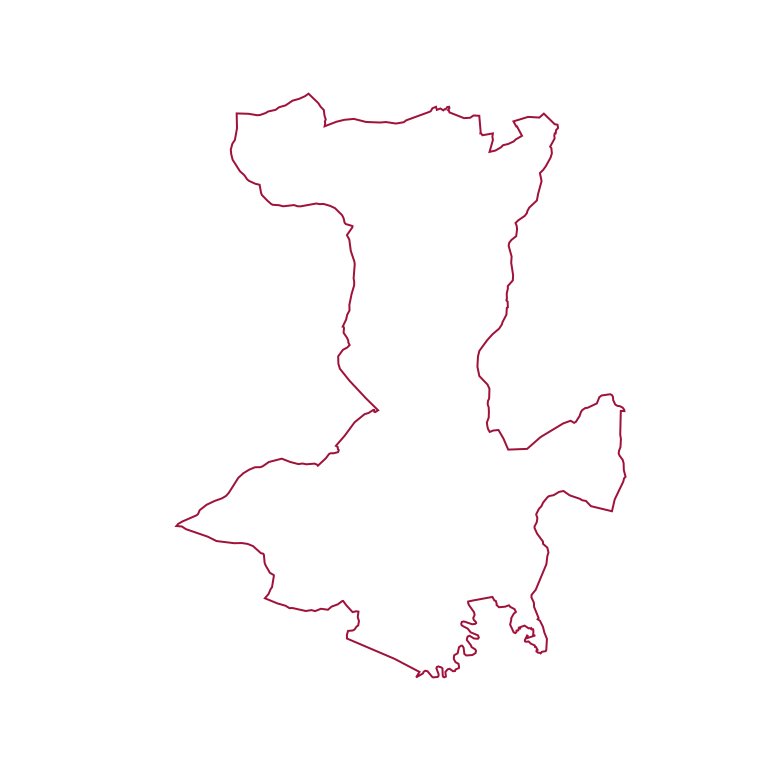 Cetatea De Balta, Alba, Romania, rotated 169°
{"feature_id": "2599482B28912008723964", "entity_name": "Cetatea De Balta", "entity_type": "district", "adm_level": 2, "iso_a3": "ROU", "parent_name": "Romania", "parent_adm1": "Alba", "projection": "natural_earth1", "projection_center": [24.195, 46.219], "detail": "fine", "context": "isolated", "style": "outline", "palette": "rose", "viewbox_px": 768, "rotation_deg": 169, "n_neighbors": 0, "source": "geoboundaries", "source_scale": "gbopen_adm2", "svg_char_len": 6122}
<svg xmlns="http://www.w3.org/2000/svg" viewBox="0 0 768 768"><g transform="rotate(169 384 384)"><path d="M477.0,677.7L479.5,663.1L483.8,652.0L487.0,648.8L489.7,643.3L490.1,638.7L489.8,633.0L484.8,620.3L481.3,615.7L479.3,611.0L477.8,609.2L472.3,605.2L468.1,603.3L468.2,595.1L467.8,592.8L463.6,586.4L460.3,582.1L458.9,581.1L452.8,579.5L449.2,577.7L438.1,576.8L435.1,575.0L432.1,574.3L416.0,574.1L412.8,572.8L409.0,572.3L403.0,569.2L398.6,566.0L392.9,557.7L392.0,554.2L391.9,549.9L391.0,548.3L384.8,545.1L385.1,543.9L392.0,537.2L390.5,532.4L391.2,521.0L389.7,509.6L389.9,507.1L393.7,493.4L393.7,490.3L394.5,486.5L398.7,478.4L402.9,468.3L403.8,462.8L407.0,458.9L408.8,454.6L413.6,448.2L412.8,447.8L412.6,446.5L413.9,442.0L411.5,436.4L410.8,433.3L411.1,431.5L410.3,428.8L413.2,426.8L417.8,425.4L423.7,419.9L424.9,412.7L424.4,407.4L417.2,393.7L404.6,373.6L394.8,359.3L398.0,358.1L398.9,358.7L398.6,360.4L399.4,360.6L404.7,358.5L408.8,358.1L420.2,352.0L432.5,340.7L443.0,332.5L441.5,331.0L441.6,328.7L441.0,327.7L442.1,325.9L446.6,325.6L449.8,326.2L451.4,325.7L455.1,322.3L464.5,316.4L465.2,317.7L467.5,319.1L475.5,320.0L479.2,321.5L483.3,321.7L491.0,325.4L498.6,330.2L511.9,329.4L518.7,326.4L521.2,325.9L526.5,326.9L532.7,325.6L539.0,323.3L544.9,319.7L557.1,306.8L560.4,304.3L564.8,302.7L572.6,301.5L581.2,299.3L589.0,295.3L591.3,291.9L592.9,290.9L608.2,287.5L612.6,286.0L614.9,284.2L609.6,282.7L606.1,279.3L586.2,267.8L578.4,261.8L561.4,256.3L553.9,255.0L548.5,253.1L543.5,249.9L537.2,241.5L534.9,240.4L534.5,239.2L535.3,231.2L534.8,228.4L532.0,220.4L528.7,217.5L528.7,216.7L532.7,205.9L534.4,204.3L537.4,199.9L541.8,196.4L530.4,188.9L522.9,185.1L519.6,182.0L516.7,181.6L504.1,176.1L498.4,175.9L494.9,174.2L488.8,175.4L482.1,173.1L477.9,175.5L471.4,176.5L466.2,179.0L465.5,178.8L463.2,173.9L458.4,166.1L454.7,166.2L452.5,165.4L454.3,160.1L453.8,156.1L455.4,151.9L457.1,151.2L459.8,148.6L461.8,148.0L466.4,148.5L468.3,144.8L468.9,141.2L426.1,112.2L404.1,94.6L408.4,89.9L401.1,92.4L400.0,93.9L398.4,94.6L397.4,94.4L396.1,93.7L392.7,87.5L391.7,86.6L387.2,86.2L386.1,87.1L385.8,88.9L386.8,94.9L386.1,96.1L384.6,96.4L381.6,94.7L380.9,93.6L382.0,86.3L381.7,85.2L380.8,84.6L379.1,85.0L378.7,89.6L375.9,91.8L373.9,91.9L371.1,88.9L369.1,88.7L368.2,90.1L364.7,90.9L364.3,91.7L364.3,95.2L366.8,97.2L367.6,99.5L367.9,101.0L367.2,103.6L366.7,104.4L363.1,105.6L360.6,111.3L358.2,112.4L357.2,112.2L356.6,111.2L356.2,109.9L356.6,103.6L355.0,101.8L349.0,101.1L345.5,102.4L344.6,104.4L345.0,106.0L348.2,109.0L348.6,111.1L351.5,116.8L351.3,117.9L350.1,120.1L348.0,120.5L344.2,117.0L340.4,116.0L339.3,117.0L339.7,119.3L346.3,123.7L348.6,128.0L353.0,131.5L353.9,132.7L353.9,133.9L353.0,135.6L350.9,135.7L343.2,131.3L340.3,131.1L339.1,131.8L339.3,133.0L340.8,135.2L341.1,137.2L339.1,140.0L339.2,142.9L342.8,150.8L343.2,153.1L342.9,154.4L337.7,154.5L318.2,154.3L317.0,150.5L315.7,149.8L315.3,146.6L315.7,145.6L313.7,142.9L307.6,142.3L303.8,142.9L303.3,142.7L302.7,141.2L298.8,138.1L298.0,135.1L300.5,133.7L303.9,129.7L304.0,128.4L306.1,123.8L304.1,115.5L302.6,114.4L301.4,115.2L300.9,116.7L299.2,116.5L298.5,118.0L297.0,118.0L296.9,118.7L297.4,119.2L292.1,120.0L288.7,116.6L287.3,116.5L286.4,115.4L285.9,115.9L285.6,114.9L284.4,114.7L284.6,112.2L285.6,109.0L283.5,108.3L291.5,107.3L291.0,109.3L291.5,109.8L294.6,105.7L294.7,104.5L293.6,103.8L291.2,103.7L289.3,101.0L285.9,98.6L285.9,97.1L285.0,96.8L284.0,93.7L285.1,93.4L285.4,92.4L284.1,90.9L282.3,90.4L281.6,89.7L280.1,91.0L276.3,90.9L275.5,91.8L272.7,102.7L274.0,109.5L274.3,115.3L276.1,121.9L278.1,123.8L276.9,124.8L279.2,136.6L278.6,140.8L280.0,146.4L279.4,148.8L274.3,153.1L259.0,176.1L256.5,183.9L254.7,187.3L254.9,192.2L258.4,196.8L258.0,198.9L262.3,208.0L263.7,214.0L263.4,215.5L260.6,218.9L259.5,221.7L259.0,223.4L259.5,226.6L259.3,227.3L255.7,231.9L252.7,234.1L250.4,237.3L244.8,241.9L243.1,242.5L238.7,242.5L232.7,244.7L228.2,244.7L223.0,239.3L213.6,233.9L211.7,232.1L208.1,230.7L204.2,224.6L184.5,215.6L179.6,226.6L167.7,242.6L166.4,245.5L164.6,246.8L165.0,253.7L163.9,260.6L164.2,264.1L166.4,268.6L166.9,271.1L165.8,274.0L163.9,277.0L161.9,285.0L161.8,289.1L156.7,312.4L153.2,311.5L153.1,312.8L154.3,315.3L156.6,317.2L158.9,317.9L160.9,319.7L162.1,324.4L161.7,327.5L162.3,329.5L163.9,330.8L172.5,331.2L175.1,330.0L178.8,324.3L188.8,321.8L191.0,322.0L194.3,320.6L195.9,319.1L198.1,315.3L202.8,310.3L204.8,309.6L207.8,312.3L215.7,311.1L240.5,302.0L255.9,293.0L274.6,295.9L277.2,307.8L280.4,317.0L285.6,317.5L289.4,316.8L290.5,320.1L290.6,322.8L290.4,326.5L287.6,331.1L286.3,336.8L285.7,341.0L286.1,344.4L285.1,347.7L283.6,349.5L281.4,359.2L282.5,363.7L288.9,373.6L289.0,383.2L286.5,393.1L284.1,398.3L274.5,407.2L267.9,412.2L260.4,416.4L256.9,420.0L255.8,422.2L250.6,428.7L248.9,435.3L247.8,435.6L246.9,441.4L247.7,442.2L247.8,443.1L247.1,444.1L246.3,449.3L244.2,454.1L243.8,456.5L237.8,461.1L236.5,466.2L236.0,478.8L234.4,484.8L235.3,495.9L234.1,498.8L231.3,501.2L226.0,503.9L223.8,510.7L223.6,514.2L224.2,516.9L221.1,519.0L213.7,522.2L211.1,524.5L210.4,526.2L207.8,529.4L198.9,535.0L196.4,541.3L190.6,553.1L190.7,561.3L186.9,563.8L183.5,567.0L177.2,574.6L175.2,578.4L174.7,583.5L175.6,585.3L169.7,592.4L169.4,595.5L168.6,597.4L167.7,597.2L166.6,600.4L164.3,602.1L164.2,605.4L166.9,606.5L175.5,618.9L180.6,615.9L191.6,618.7L206.8,617.1L205.0,611.5L204.3,611.5L201.2,601.3L208.1,598.9L210.3,597.4L216.3,595.9L221.6,595.7L224.0,594.0L230.2,591.9L236.1,591.7L230.5,602.8L230.4,606.1L229.3,609.2L239.9,609.4L240.7,611.3L241.6,611.6L241.0,613.2L239.3,629.1L244.8,630.5L248.7,628.9L254.7,629.7L267.9,638.1L268.1,639.8L268.9,640.6L267.1,642.4L267.2,643.7L269.0,643.8L271.1,641.9L272.1,642.2L273.6,641.3L276.1,643.7L279.8,643.0L280.1,646.2L283.9,645.4L285.8,643.1L287.3,642.5L311.9,638.6L314.6,637.2L322.6,637.4L332.2,640.8L337.8,641.4L351.5,644.6L363.0,650.0L372.6,650.9L380.8,650.5L393.1,648.3L392.0,650.9L392.0,652.8L390.7,654.8L391.2,658.9L390.8,664.4L393.4,668.4L394.9,672.3L402.7,683.4L406.6,681.6L413.0,680.1L419.7,679.6L427.4,676.3L434.1,675.7L438.1,673.8L445.7,673.6L448.4,672.6L454.4,671.7L457.1,672.0L465.4,675.1L477.0,677.7Z" fill="none" stroke="#9f1239" stroke-width="2"/></g></svg>